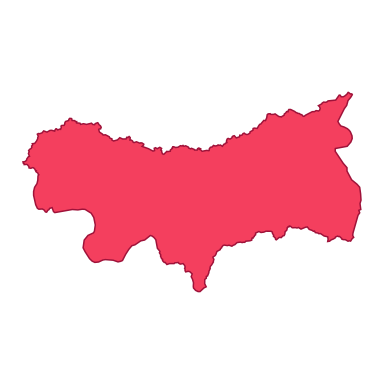 the district of Chong-Alay, Osh, Kyrgyzstan
{"feature_id": "92254566B65536554507768", "entity_name": "Chong-Alay", "entity_type": "district", "adm_level": 2, "iso_a3": "KGZ", "parent_name": "Kyrgyzstan", "parent_adm1": "Osh", "projection": "robinson", "projection_center": [72.267, 39.516], "detail": "fine", "context": "isolated", "style": "filled", "palette": "rose", "viewbox_px": 384, "rotation_deg": 0, "n_neighbors": 0, "source": "geoboundaries", "source_scale": "gbopen_adm2", "svg_char_len": 5983}
<svg xmlns="http://www.w3.org/2000/svg" viewBox="0 0 384 384"><path d="M32.3,143.7L32.6,144.5L32.4,145.4L31.6,146.0L31.8,147.5L30.8,148.7L29.5,149.4L28.6,150.7L29.2,151.6L28.4,153.6L29.5,156.3L28.4,156.7L27.8,157.5L26.7,159.1L26.6,160.1L25.6,161.1L24.3,161.8L23.0,161.8L23.2,163.0L23.5,163.5L24.1,163.7L24.2,164.6L26.7,164.4L27.4,164.7L28.9,166.6L29.0,167.9L30.8,168.3L32.6,167.6L33.5,167.8L34.9,169.2L35.4,170.4L36.3,170.7L35.9,171.6L38.0,173.2L38.1,174.1L38.8,174.8L38.0,175.9L37.8,180.1L37.0,183.6L34.6,187.3L33.6,191.5L33.6,195.3L35.7,204.7L37.4,208.3L38.8,209.2L42.4,209.0L44.1,210.0L45.4,211.9L46.4,212.2L46.9,211.9L47.7,210.4L49.0,209.6L49.6,208.4L52.1,207.6L53.5,211.6L54.8,212.6L72.3,209.5L77.9,209.9L82.3,209.2L85.1,209.4L91.2,213.2L93.8,217.5L95.3,225.0L94.4,231.3L93.4,232.9L88.0,235.4L84.2,240.1L83.1,247.8L85.1,251.7L89.6,258.7L92.1,261.1L94.8,262.4L98.6,262.0L102.9,260.0L105.3,259.6L113.1,260.2L118.0,261.9L120.7,261.3L122.5,260.5L125.6,254.4L128.7,249.5L131.9,245.7L135.0,244.8L140.7,240.9L144.7,240.0L150.3,235.5L152.0,236.0L153.9,237.4L155.8,239.7L157.4,248.3L159.8,251.2L159.9,251.8L159.4,252.8L160.8,255.0L160.5,256.0L161.6,258.7L162.6,259.3L162.5,260.3L162.9,261.1L164.3,262.5L165.2,262.4L166.9,264.5L169.5,263.6L174.1,263.6L174.7,262.9L178.3,262.5L178.7,263.2L180.2,264.1L183.1,263.6L184.6,265.4L185.1,266.8L185.1,267.4L184.6,268.3L185.0,268.9L185.1,270.8L185.7,271.9L188.2,271.3L189.8,271.7L192.2,273.9L191.2,276.7L192.5,279.2L193.5,282.8L193.3,286.3L193.5,288.0L195.6,290.4L198.1,291.6L200.0,291.6L204.0,287.9L206.2,286.8L204.7,283.7L204.8,279.4L206.3,278.3L206.3,276.4L207.5,276.0L208.8,272.8L208.9,271.4L210.2,268.6L209.9,268.2L210.4,266.3L211.5,265.1L213.4,262.0L213.3,261.4L213.9,259.3L213.0,257.7L213.0,257.0L215.0,255.7L215.8,254.6L216.9,251.5L220.3,249.6L220.5,248.6L221.6,247.8L222.0,246.7L223.2,245.4L224.5,245.1L227.3,245.6L229.0,245.2L231.9,246.2L233.3,245.2L234.8,244.7L237.0,242.6L240.4,242.1L242.2,242.6L243.1,242.2L244.0,242.4L244.9,242.2L245.8,241.2L249.9,240.8L251.7,240.2L252.0,238.2L253.1,238.0L253.0,237.6L254.3,236.5L254.6,235.5L255.6,234.8L255.6,233.1L258.9,231.5L261.0,232.5L263.9,232.1L266.0,231.2L271.1,231.3L272.3,232.1L272.5,233.5L273.7,235.2L273.4,236.2L275.3,238.0L275.6,239.5L276.4,239.8L279.2,237.4L281.3,237.6L282.7,236.0L284.1,235.6L284.7,234.5L285.2,231.5L286.6,230.5L287.2,228.6L287.1,228.0L287.6,227.3L287.9,226.9L288.8,227.0L289.1,226.7L288.9,226.3L289.3,226.0L290.7,226.4L292.0,227.6L292.8,227.8L295.3,227.6L297.0,228.0L298.5,227.5L301.0,229.1L305.6,227.2L307.4,227.0L309.2,229.4L312.1,230.4L313.4,231.3L314.5,231.1L315.3,232.6L317.9,233.0L318.8,233.7L320.6,233.6L324.1,236.0L327.7,236.8L328.1,239.3L327.7,241.5L329.6,241.2L331.3,239.8L333.2,239.1L335.2,237.9L335.5,237.0L337.6,236.1L338.6,236.6L339.6,236.5L341.7,238.5L341.8,239.1L343.1,239.6L345.4,239.7L348.0,241.2L349.5,240.8L350.6,241.1L352.3,238.5L353.7,237.4L352.7,235.4L353.0,233.0L358.0,215.3L359.7,212.8L358.8,210.3L360.8,209.5L360.0,203.6L361.0,200.2L360.6,193.8L359.7,187.3L357.1,184.3L351.6,179.8L347.0,171.1L347.0,167.7L343.2,163.3L335.2,151.3L335.3,148.5L347.2,146.3L350.8,142.1L352.2,138.6L352.0,135.8L350.4,131.9L349.3,130.4L347.4,128.7L344.1,127.0L340.9,126.0L339.2,123.9L337.9,121.4L344.3,108.7L346.7,105.4L348.0,100.6L350.6,97.5L352.3,94.7L351.8,93.9L350.4,93.9L348.5,92.4L348.1,92.4L346.9,94.2L344.6,96.1L343.2,96.8L341.2,96.8L340.2,95.2L339.2,95.1L335.7,100.1L328.0,100.9L327.4,101.6L325.9,102.3L323.6,102.1L322.0,103.2L321.8,103.8L318.4,105.7L319.5,106.7L320.2,108.4L319.6,110.2L318.6,111.0L316.1,110.6L314.5,111.6L312.2,111.7L305.5,115.2L304.2,116.3L303.2,116.3L301.7,114.6L300.8,114.6L299.3,113.5L297.5,113.3L296.8,112.6L296.0,112.6L294.8,111.5L290.7,109.5L288.9,109.5L288.2,110.5L288.1,111.7L286.6,111.6L285.7,113.0L284.3,114.0L284.0,115.4L282.1,116.3L281.6,116.9L278.8,116.5L275.1,113.9L273.5,114.4L270.8,114.4L270.2,113.7L268.1,113.9L267.2,114.7L266.7,117.8L265.5,120.6L263.8,120.4L260.7,124.1L259.8,124.3L258.9,125.4L257.2,128.4L254.2,128.1L253.1,128.5L252.9,130.3L250.1,131.8L249.9,133.1L247.9,134.4L246.8,134.5L245.4,134.1L244.2,133.1L243.0,133.6L242.1,135.0L240.8,135.4L239.8,135.2L239.5,136.8L236.3,137.9L234.3,135.7L233.1,136.0L232.2,136.7L232.0,137.7L230.4,138.9L229.7,139.0L228.1,138.4L227.1,139.1L226.4,141.2L226.9,142.6L225.4,143.2L224.9,144.0L223.9,144.2L222.4,146.3L220.4,145.0L218.9,145.4L218.1,144.9L217.0,145.7L215.1,146.0L213.5,145.4L212.2,146.9L210.4,147.3L209.3,148.8L209.2,150.4L208.9,150.7L206.7,150.4L202.1,151.3L200.8,149.9L199.5,149.4L200.4,148.7L198.8,148.0L197.6,148.6L197.1,150.1L194.5,150.0L194.2,149.4L191.5,148.3L190.8,148.8L188.9,148.2L188.4,147.1L185.7,145.8L183.9,146.3L183.0,145.4L182.2,146.0L180.4,145.7L178.1,147.2L175.7,147.5L173.6,146.7L172.7,146.8L172.6,147.7L172.0,148.1L172.2,148.5L170.4,150.0L170.3,151.2L167.6,151.6L166.9,151.3L163.8,154.3L162.5,153.8L161.8,152.2L161.6,150.6L160.8,150.1L161.6,148.4L159.8,147.3L157.2,148.7L155.5,147.7L154.2,148.3L154.6,150.6L153.0,151.1L148.5,148.7L142.1,146.4L143.6,145.0L143.8,144.2L142.1,143.0L140.8,142.8L139.9,143.2L136.5,141.8L134.0,142.6L133.1,142.1L132.5,140.9L131.3,140.1L130.0,140.1L130.2,137.5L129.1,136.5L127.9,137.6L127.2,137.2L126.7,137.3L126.1,138.9L122.7,139.0L119.8,137.7L117.5,139.9L113.6,141.0L111.9,140.0L111.9,138.8L109.9,138.1L109.2,136.7L105.5,134.8L103.1,135.0L102.5,134.1L99.5,132.1L98.7,129.6L99.1,129.0L100.6,128.9L101.2,127.3L100.5,125.9L98.7,124.4L98.4,123.3L97.6,122.7L95.2,123.6L94.6,124.7L92.8,124.5L91.5,123.2L86.5,124.4L83.5,123.7L80.6,124.4L80.0,123.2L76.6,122.9L76.7,121.6L75.5,121.6L74.8,120.6L72.1,120.5L71.7,118.7L71.1,118.4L69.6,118.4L68.9,119.3L68.6,120.5L65.5,121.5L64.7,123.2L64.8,124.0L64.0,125.4L61.9,125.4L61.0,126.1L61.3,127.4L60.6,129.3L60.1,129.0L57.7,129.9L56.5,128.8L55.9,128.8L54.6,130.6L54.6,131.1L51.7,130.3L50.0,130.4L47.0,132.1L43.7,130.9L42.0,132.9L39.6,133.7L38.3,133.5L37.3,134.2L38.3,136.2L37.7,137.6L37.7,138.7L36.4,141.2L34.7,143.4L32.3,143.7Z" fill="#f43f5e" stroke="#9f1239" stroke-width="1.5"/></svg>